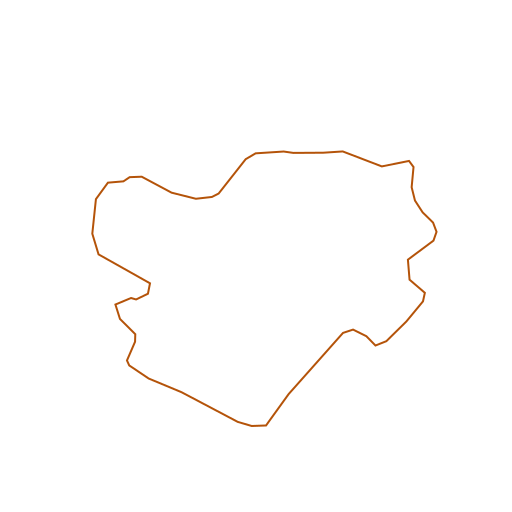 San Bernardino, Suchitepéquez, Guatemala, rotated 301°
{"feature_id": "79465075B44616748162902", "entity_name": "San Bernardino", "entity_type": "district", "adm_level": 2, "iso_a3": "GTM", "parent_name": "Guatemala", "parent_adm1": "Suchitepéquez", "projection": "natural_earth1", "projection_center": [-91.453, 14.532], "detail": "fine", "context": "isolated", "style": "outline", "palette": "amber", "viewbox_px": 512, "rotation_deg": 301, "n_neighbors": 0, "source": "geoboundaries", "source_scale": "gbopen_adm2", "svg_char_len": 822}
<svg xmlns="http://www.w3.org/2000/svg" viewBox="0 0 512 512"><g transform="rotate(301 256 256)"><path d="M115.9,351.9L121.1,352.3L154.5,355.1L234.9,370.2L242.9,377.1L244.1,391.9L240.8,404.5L250.1,411.6L277.3,418.6L303.1,422.5L311.4,419.7L314.8,399.8L331.1,388.1L360.6,400.2L369.7,398.3L375.8,390.6L377.6,383.2L379.2,376.4L385.4,363.7L395.1,354.0L413.4,345.2L416.3,338.2L397.6,317.7L390.3,276.5L379.2,260.5L363.6,234.9L359.8,225.9L343.8,202.8L333.7,197.3L290.3,191.8L283.9,187.8L274.1,175.0L266.8,151.0L265.1,117.2L258.5,107.1L251.7,103.9L242.6,91.3L222.3,89.5L190.8,104.2L176.3,120.2L178.0,179.2L168.0,182.8L157.0,175.6L155.6,170.5L142.0,160.5L132.0,171.8L126.8,192.8L120.2,196.5L100.0,199.2L96.9,203.7L95.7,227.1L100.9,262.4L104.4,325.8L108.1,339.9L115.9,351.9Z" fill="none" stroke="#b45309" stroke-width="2"/></g></svg>